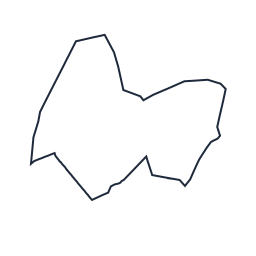 San Dionisio Ocotepec, Oaxaca, Mexico, rotated 206°
{"feature_id": "50627088B78764005336655", "entity_name": "San Dionisio Ocotepec", "entity_type": "district", "adm_level": 2, "iso_a3": "MEX", "parent_name": "Mexico", "parent_adm1": "Oaxaca", "projection": "natural_earth1", "projection_center": [-96.307, 16.784], "detail": "fine", "context": "isolated", "style": "outline", "palette": "slate", "viewbox_px": 256, "rotation_deg": 206, "n_neighbors": 0, "source": "geoboundaries", "source_scale": "gbopen_adm2", "svg_char_len": 1731}
<svg xmlns="http://www.w3.org/2000/svg" viewBox="0 0 256 256"><g transform="rotate(206 128 128)"><path d="M212.8,183.1L212.9,175.6L213.0,172.2L213.0,168.1L213.2,161.9L213.2,157.3L213.5,141.6L213.6,136.3L213.8,125.6L214.0,112.9L214.1,103.9L211.5,94.6L208.9,78.2L199.5,53.3L198.9,54.7L198.9,54.8L197.7,57.3L196.4,58.7L194.1,61.3L193.5,61.9L192.3,63.1L191.5,64.1L189.1,66.7L187.4,68.4L186.3,69.7L185.6,70.5L183.0,73.3L182.6,72.9L181.2,71.3L177.0,69.2L175.6,68.6L175.5,68.4L173.7,67.7L173.2,67.8L172.0,67.0L171.4,66.7L167.7,65.3L167.5,65.2L164.9,63.7L164.8,63.8L163.0,62.9L161.4,62.2L161.1,62.0L160.4,61.7L159.0,61.2L158.8,61.1L158.5,61.0L156.8,60.1L155.7,59.6L154.7,59.2L152.6,58.2L150.4,57.3L147.8,56.0L144.3,54.5L143.3,54.0L143.0,53.8L140.4,52.8L139.0,52.2L138.5,51.9L136.9,51.1L135.6,50.6L134.9,50.4L133.7,49.7L131.9,48.9L130.7,48.4L129.5,47.9L128.8,47.6L128.3,48.2L121.1,57.1L117.5,61.2L117.8,68.0L115.2,71.5L114.0,72.4L111.3,74.8L111.1,75.3L110.3,77.8L109.1,79.3L104.0,95.1L99.1,110.4L95.7,106.7L94.0,105.0L91.7,102.6L88.6,99.4L85.6,96.3L68.5,101.1L68.6,100.9L68.3,101.0L67.8,101.2L67.7,101.2L67.3,101.3L67.2,101.3L66.9,101.4L66.9,101.6L58.8,103.9L51.4,100.9L51.3,101.5L49.6,109.0L49.7,111.6L49.8,114.2L49.9,116.1L50.1,122.8L50.2,128.1L50.2,130.9L49.6,136.7L49.1,140.5L48.6,144.8L47.3,151.9L45.2,154.7L43.6,156.7L42.7,157.9L42.6,158.5L41.9,161.4L48.3,168.1L48.7,169.9L50.5,177.4L51.4,181.2L52.2,184.6L53.3,189.5L55.0,196.7L57.3,205.9L64.2,208.4L77.5,206.3L87.6,200.5L97.8,194.7L110.8,179.4L116.0,173.4L119.9,168.9L126.3,159.7L130.8,161.9L143.0,160.7L148.8,160.1L164.0,179.2L173.8,189.9L189.8,201.5L196.2,196.4L197.3,195.6L198.3,194.8L200.9,192.7L206.6,188.1L212.8,183.1Z" fill="none" stroke="#1e293b" stroke-width="2"/></g></svg>